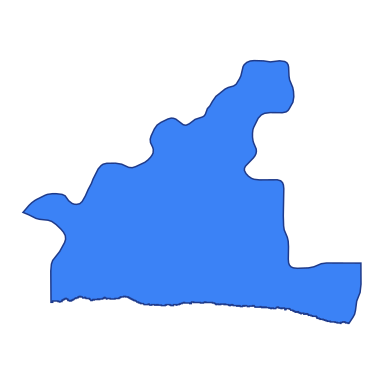 Santo Domingo Este, Santo Domingo, Dominican Republic (Albers equal-area conic projection)
{"feature_id": "3306468B99956465733744", "entity_name": "Santo Domingo Este", "entity_type": "district", "adm_level": 2, "iso_a3": "DOM", "parent_name": "Dominican Republic", "parent_adm1": "Santo Domingo", "projection": "albers", "projection_center": [-69.79, 18.526], "detail": "fine", "context": "isolated", "style": "filled", "palette": "blue", "viewbox_px": 384, "rotation_deg": 0, "n_neighbors": 0, "source": "geoboundaries", "source_scale": "gbopen_adm2", "svg_char_len": 6001}
<svg xmlns="http://www.w3.org/2000/svg" viewBox="0 0 384 384"><path d="M52.7,302.3L52.7,301.0L58.0,301.0L58.0,301.5L59.5,301.5L59.5,302.0L60.0,302.0L60.0,301.5L61.9,301.5L61.9,300.5L62.4,300.5L62.4,300.0L63.4,300.0L63.4,299.5L64.3,299.5L64.3,299.0L65.3,299.0L65.3,298.4L66.3,298.4L66.3,299.0L67.7,299.0L67.7,300.0L68.2,300.0L68.2,300.5L69.6,300.5L69.6,301.0L71.1,301.0L71.1,300.5L72.0,300.5L72.0,300.0L73.0,300.0L73.0,299.5L74.0,299.5L74.5,298.5L75.9,298.5L75.9,297.9L77.8,297.9L77.8,297.4L78.3,297.4L78.3,296.9L79.3,296.9L79.3,296.4L80.7,296.4L80.7,296.9L82.2,296.9L82.7,297.9L84.6,297.9L84.6,297.4L85.6,297.4L86.0,298.5L89.4,298.5L89.4,299.0L89.9,299.0L89.9,299.5L90.9,300.0L90.9,300.5L92.3,300.5L92.8,299.5L93.3,299.5L93.3,300.0L94.2,300.0L94.2,299.5L97.6,299.5L97.6,299.0L98.6,299.0L98.6,299.5L99.6,299.5L99.6,299.0L102.5,299.0L102.5,298.5L103.9,298.5L103.9,297.9L104.4,297.9L104.4,297.4L104.9,297.4L104.9,297.9L105.8,297.9L106.3,299.0L106.8,299.0L106.8,298.5L110.2,298.5L110.2,299.0L115.0,299.0L115.0,298.5L118.9,298.5L118.9,298.0L119.8,298.0L119.8,297.4L120.8,297.4L120.8,296.9L123.7,296.9L123.7,296.4L125.6,296.4L125.6,296.9L128.0,296.9L128.0,297.4L129.0,297.4L129.0,298.0L130.0,298.0L130.0,298.5L130.9,298.5L130.9,299.0L131.9,299.0L131.9,299.5L132.9,299.5L132.9,300.0L133.8,300.0L133.8,300.5L135.3,300.5L135.3,301.0L136.3,301.0L136.7,302.0L138.2,302.0L138.2,302.5L139.1,302.5L139.1,303.0L140.6,303.0L140.6,303.6L143.5,303.6L144.0,304.6L148.3,304.6L148.3,304.1L149.3,304.1L149.8,305.1L151.7,305.1L151.7,304.6L154.6,304.6L154.6,305.1L156.5,305.1L156.5,304.6L158.0,304.6L158.0,305.1L161.4,305.1L161.4,305.6L165.2,305.6L165.2,305.1L166.2,305.1L166.2,304.6L170.0,304.6L170.0,305.1L171.0,305.1L171.0,305.6L173.4,305.6L173.4,304.6L176.3,304.6L176.3,305.1L176.8,305.1L176.8,304.6L179.2,304.6L179.2,304.1L180.2,304.1L180.2,303.6L182.1,303.6L182.1,303.0L183.6,303.0L183.6,302.5L184.5,302.5L184.5,303.0L189.8,303.0L189.8,303.6L191.3,303.6L191.3,302.5L191.8,302.5L191.8,302.0L193.7,302.0L193.7,302.5L200.5,302.5L200.5,303.0L203.4,303.0L203.4,302.5L204.8,302.5L204.8,302.0L205.8,302.0L205.8,302.5L212.5,302.5L212.5,303.0L214.5,303.0L214.5,303.6L215.4,303.6L215.9,304.6L216.9,304.6L216.9,304.1L218.8,304.1L218.8,304.6L220.7,304.6L220.7,304.1L224.1,304.1L224.1,304.6L225.1,304.6L225.1,304.1L225.6,304.1L225.6,304.6L228.5,304.6L228.5,305.1L229.4,305.1L229.4,305.6L230.4,305.6L230.4,305.1L231.3,305.1L231.3,304.6L232.3,304.6L232.3,305.1L233.3,305.1L233.3,305.6L236.7,305.6L236.7,306.1L238.1,306.1L238.1,305.6L239.6,305.6L239.6,306.1L240.5,306.1L240.5,306.6L242.5,306.6L242.9,305.6L243.9,305.6L243.9,306.1L244.9,306.1L244.9,305.6L246.8,305.6L247.3,306.6L249.2,306.6L249.2,306.1L252.6,306.1L252.6,305.6L254.0,305.6L254.0,306.1L255.0,306.6L255.0,307.1L260.3,307.1L260.3,306.6L260.8,306.6L260.8,307.1L261.8,307.1L261.8,307.6L262.7,307.6L262.7,307.1L264.2,307.1L264.2,307.6L265.1,307.6L265.1,307.1L266.1,307.1L266.1,307.6L269.0,307.6L269.0,308.1L270.9,308.1L270.9,308.6L271.4,308.6L271.4,308.1L273.4,308.1L273.4,308.6L275.8,308.6L276.2,307.6L277.2,307.6L277.2,307.1L278.2,307.1L278.2,307.6L279.1,307.6L279.1,308.1L281.1,308.1L281.1,308.6L282.0,308.6L282.0,308.1L284.5,308.1L284.5,308.6L284.9,308.6L284.9,309.7L285.9,309.7L286.4,308.6L289.3,308.6L289.3,309.1L290.2,309.1L290.7,310.2L292.7,310.2L292.7,310.7L293.6,310.7L293.6,311.2L294.6,311.2L294.6,311.7L295.6,311.7L295.6,312.2L296.0,312.2L296.0,311.7L297.0,311.7L297.0,312.2L298.0,312.2L298.0,311.7L298.5,311.7L298.5,312.7L299.9,312.7L299.9,313.2L300.9,313.2L300.9,313.7L301.4,313.7L301.4,313.2L303.8,313.2L303.8,314.2L305.7,314.2L305.7,313.7L307.2,313.7L307.2,314.2L308.1,314.2L308.1,314.7L308.6,314.7L308.6,315.3L311.0,315.2L311.0,315.8L312.5,315.8L312.5,316.3L316.3,316.3L316.3,316.8L316.8,316.8L316.8,317.8L317.3,317.8L317.3,318.3L319.2,318.3L319.2,318.8L320.2,318.8L320.2,319.3L323.1,319.3L323.1,319.8L324.5,319.8L324.5,320.3L326.0,320.3L326.0,320.8L327.4,320.8L327.4,321.3L330.3,321.3L330.3,321.9L335.1,321.9L335.1,322.4L337.1,322.4L337.1,322.9L340.5,322.9L340.5,323.4L340.9,323.4L340.9,322.4L342.9,322.4L342.9,321.8L344.8,321.8L344.8,322.4L345.8,322.4L345.8,322.9L348.2,322.9L348.2,323.4L348.9,323.4L353.0,317.2L354.6,314.2L355.5,310.3L356.7,301.1L360.1,292.4L361.0,284.2L360.9,263.1L326.6,263.0L321.3,263.7L313.9,266.8L308.5,267.9L297.4,268.3L293.5,267.9L291.2,267.0L289.5,265.2L288.6,262.9L288.3,259.2L288.5,246.8L288.2,241.2L287.3,237.3L284.2,229.9L283.6,225.8L283.3,215.8L283.8,188.7L283.4,184.9L282.5,182.6L280.7,180.8L277.3,179.8L259.5,179.9L254.1,179.3L251.6,178.4L248.4,176.2L246.0,173.6L244.4,170.5L244.5,168.1L245.6,166.0L253.4,157.9L254.9,155.9L256.0,153.6L256.4,151.3L256.2,149.0L253.7,143.1L253.0,140.8L252.5,137.1L252.5,133.3L252.9,129.6L253.7,127.3L258.2,118.2L261.3,114.9L264.6,113.3L270.0,112.6L282.4,112.7L286.1,111.9L288.0,110.5L289.2,108.8L292.9,102.2L293.8,96.8L293.5,91.4L292.7,87.4L289.6,79.9L289.0,76.1L288.6,67.1L288.1,64.8L286.9,62.8L284.7,61.5L279.6,60.8L270.3,61.9L263.6,60.9L254.1,60.6L250.2,61.0L246.8,62.4L244.2,64.7L243.1,66.6L240.9,75.8L239.5,78.8L236.2,84.2L233.6,86.0L228.2,87.5L225.0,89.1L215.9,96.4L212.5,101.3L209.9,105.9L207.4,108.6L205.4,114.1L204.3,115.8L202.6,116.9L195.1,119.4L189.4,123.7L186.4,125.1L185.3,125.2L183.2,124.7L175.8,119.1L173.5,118.3L171.2,118.1L167.9,119.0L160.9,122.4L157.1,125.1L154.4,128.9L151.1,136.0L150.2,139.2L150.5,142.6L152.7,147.3L153.3,149.4L153.1,153.0L152.0,155.2L150.6,157.2L147.9,160.0L144.9,162.3L135.5,166.7L132.2,167.7L128.7,167.4L121.7,164.2L115.5,163.2L106.7,163.3L103.1,164.2L101.2,165.5L98.2,168.9L93.1,179.0L91.4,183.5L88.2,189.5L85.4,195.9L82.2,201.5L79.8,203.7L76.5,204.4L74.2,204.2L72.0,203.4L68.6,200.7L65.1,195.8L62.1,194.4L56.2,193.7L52.4,193.7L47.4,194.4L45.2,195.2L36.9,199.3L34.8,200.5L31.7,202.8L28.9,205.5L23.0,212.4L28.8,214.8L36.0,218.4L39.6,219.3L48.1,220.2L51.7,221.4L56.1,224.5L61.0,229.2L63.5,232.2L65.3,235.6L65.6,239.2L64.6,242.5L59.7,251.5L52.7,260.4L51.4,264.1L50.8,270.9L51.0,302.3L52.7,302.3Z" fill="#3b82f6" stroke="#1e3a8a" stroke-width="1.5"/></svg>